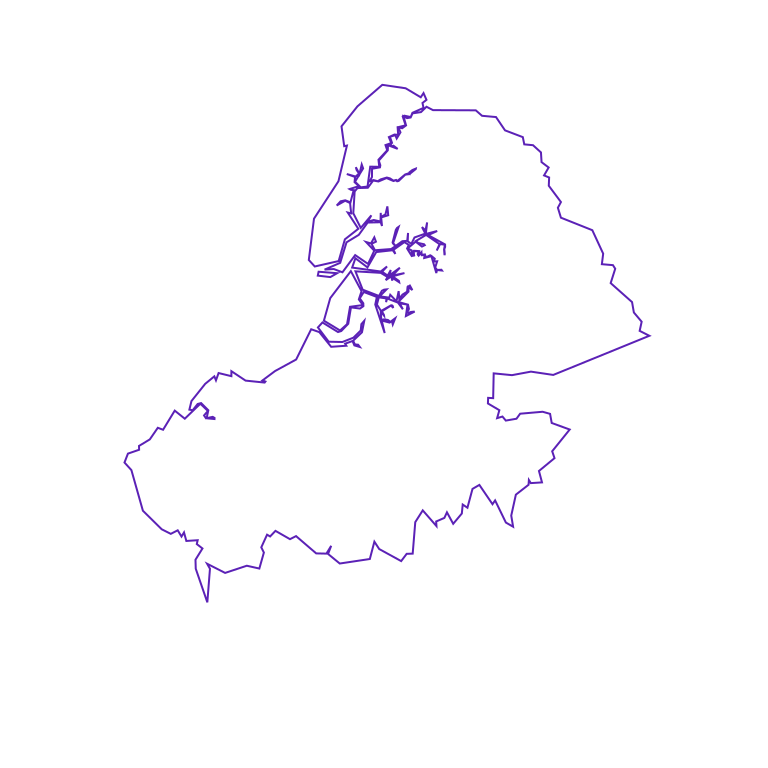 Naranjal, Guayas, Ecuador, rotated 37°
{"feature_id": "8360857B52535355247444", "entity_name": "Naranjal", "entity_type": "district", "adm_level": 2, "iso_a3": "ECU", "parent_name": "Ecuador", "parent_adm1": "Guayas", "projection": "robinson", "projection_center": [-79.674, -2.573], "detail": "fine", "context": "isolated", "style": "outline", "palette": "violet", "viewbox_px": 768, "rotation_deg": 37, "n_neighbors": 0, "source": "geoboundaries", "source_scale": "gbopen_adm2", "svg_char_len": 6168}
<svg xmlns="http://www.w3.org/2000/svg" viewBox="0 0 768 768"><g transform="rotate(37 384 384)"><path d="M374.3,664.7L356.2,636.3L350.9,634.0L370.8,630.5L383.8,611.7L395.5,606.4L389.5,590.9L384.3,588.3L381.3,574.7L384.8,574.3L385.7,566.6L402.3,564.5L405.3,558.4L431.8,560.1L440.1,554.1L439.2,545.0L441.6,553.4L456.7,554.0L478.0,532.3L471.2,515.7L479.5,518.7L504.3,515.1L504.3,506.0L509.0,502.2L492.1,475.5L491.0,461.6L511.4,465.9L508.4,462.4L512.8,454.6L511.5,448.6L523.4,454.0L524.1,440.6L519.4,432.9L525.1,432.6L517.8,414.5L520.9,407.2L543.0,414.7L542.8,410.1L564.7,421.3L573.0,420.3L564.8,412.5L555.9,393.0L560.1,377.5L557.5,373.5L560.9,374.8L569.4,367.5L560.1,360.2L564.8,340.6L558.8,336.5L559.7,308.6L541.4,314.2L534.6,307.9L527.4,310.7L510.6,325.8L510.7,332.0L503.3,339.9L498.2,338.7L494.9,343.2L491.9,335.5L478.7,337.0L475.5,332.4L479.7,329.6L465.2,309.5L480.9,299.9L493.9,285.7L513.7,274.9L566.9,185.8L556.2,187.7L552.3,179.2L540.5,176.5L532.8,169.3L504.3,167.0L499.3,152.8L495.3,151.3L485.9,157.2L480.6,148.0L457.8,135.8L425.2,144.7L416.8,138.6L415.8,132.2L396.3,126.5L391.6,119.7L386.3,121.1L385.2,112.0L376.3,112.0L370.0,104.6L359.3,103.6L351.8,108.2L346.3,103.3L328.0,108.6L312.8,103.4L300.9,110.8L292.6,110.2L258.3,135.8L251.1,137.0L249.9,144.6L243.9,150.7L244.9,155.1L242.4,157.8L238.5,158.5L246.0,164.2L244.6,168.8L241.1,170.4L245.7,173.1L246.4,180.3L243.3,178.5L239.9,183.0L245.3,186.6L245.1,188.7L241.9,192.1L243.5,190.5L246.1,189.2L247.8,189.0L248.2,188.0L253.4,188.0L243.5,190.9L246.4,195.1L245.4,208.7L249.4,211.5L250.4,213.4L244.9,219.3L249.8,225.9L250.6,230.8L252.8,227.5L257.0,225.8L258.2,222.6L262.0,217.4L265.0,216.2L269.2,215.9L270.9,213.7L272.5,213.8L274.8,203.9L276.4,201.6L277.8,201.0L277.0,200.4L276.9,199.7L277.9,196.0L279.8,192.8L280.0,193.2L278.0,201.1L275.0,204.0L273.5,213.0L272.5,214.2L270.8,214.2L269.4,216.2L262.1,218.0L257.7,225.6L252.9,228.0L253.0,237.0L244.9,243.5L244.7,247.9L256.7,266.1L271.5,273.3L272.4,256.9L273.3,264.2L277.1,259.2L283.4,256.3L278.4,249.3L281.0,252.4L283.1,247.7L279.8,240.1L285.8,246.7L281.5,252.7L287.3,259.0L284.0,256.8L273.8,264.9L274.1,280.1L268.8,293.4L276.1,313.6L267.7,328.4L274.7,322.4L283.6,319.8L283.4,298.4L299.0,297.7L296.0,283.4L284.2,281.4L289.0,279.6L288.0,272.7L291.9,275.2L289.6,279.6L296.3,282.6L308.5,271.9L310.2,267.0L306.5,266.3L305.7,265.8L300.7,253.8L300.5,251.6L301.1,249.7L306.5,266.0L310.2,266.7L312.7,258.9L316.4,255.7L312.3,248.9L317.1,255.8L321.5,255.6L320.2,248.6L326.5,239.0L319.9,235.8L324.7,236.4L321.2,229.0L327.1,239.0L334.4,229.8L329.7,238.5L348.8,235.8L350.3,237.7L351.0,240.0L354.3,243.6L354.8,244.7L351.0,240.4L348.8,236.1L344.6,238.5L345.8,245.7L344.2,238.9L327.9,239.6L323.4,250.6L326.4,250.8L331.9,248.3L333.0,248.6L331.6,251.4L323.6,251.3L321.3,261.5L325.5,260.7L329.3,264.8L330.3,263.2L328.6,262.8L327.6,260.6L327.7,259.6L332.1,256.7L333.8,260.3L334.4,259.9L333.9,258.3L334.2,257.0L334.7,256.3L336.4,258.1L338.7,255.9L341.3,257.6L343.4,253.4L344.5,253.2L349.1,253.4L350.2,256.1L352.6,254.0L354.8,260.2L357.8,260.9L361.1,258.2L362.0,258.5L357.7,261.1L359.0,263.9L344.9,253.4L340.3,259.2L338.6,256.2L336.8,258.4L335.5,258.0L334.6,256.6L334.4,260.6L332.7,260.0L332.0,257.2L327.8,260.0L330.7,263.3L329.1,265.1L320.9,261.9L320.1,258.0L314.9,258.4L310.7,271.5L312.4,271.9L314.8,273.3L310.5,271.9L298.4,283.3L300.6,300.8L285.5,300.8L288.5,310.2L313.7,296.1L315.7,288.3L314.9,295.5L321.7,295.2L320.8,288.9L322.9,294.2L326.7,281.6L325.5,292.3L333.6,283.1L326.0,292.9L333.9,292.7L334.9,293.6L327.2,294.1L328.3,296.5L325.1,293.6L322.9,300.0L322.5,296.4L314.5,297.2L293.4,311.2L310.2,321.5L327.0,316.7L326.2,310.8L327.3,308.6L329.1,306.9L327.8,316.5L336.2,311.9L335.3,309.0L344.2,310.4L339.8,301.0L344.7,306.5L345.0,301.4L346.9,296.4L344.4,292.3L345.4,289.8L350.1,291.9L345.1,291.9L348.0,295.5L346.0,309.9L355.4,306.2L358.7,309.0L359.1,310.4L358.4,311.3L360.6,312.7L362.1,310.3L364.9,307.7L360.6,316.6L355.0,306.4L348.1,310.1L354.1,313.0L346.2,310.6L335.0,313.8L336.4,317.4L334.5,314.2L327.7,317.9L330.5,324.8L337.7,327.5L342.3,316.9L343.0,316.4L344.1,316.5L345.6,317.7L342.4,317.1L338.5,327.4L340.4,328.0L342.4,328.9L342.9,329.4L337.9,328.2L343.2,334.4L345.2,332.3L348.6,330.5L351.7,330.5L353.4,324.7L355.2,331.2L352.4,329.0L351.5,331.6L344.0,334.7L353.9,342.9L329.2,325.8L325.9,318.8L312.5,322.7L313.1,330.2L318.9,332.0L320.7,334.3L319.4,338.2L311.5,342.7L319.2,357.4L318.0,367.4L316.0,370.2L297.8,371.9L297.2,378.6L314.4,383.5L325.5,375.5L331.7,365.4L333.2,355.3L329.9,349.8L330.2,345.4L335.3,356.0L333.3,368.0L336.9,369.9L339.7,368.2L342.4,369.0L337.1,371.0L333.0,368.6L328.7,375.2L330.9,376.1L319.4,386.1L301.1,381.5L292.9,384.1L299.1,417.3L289.2,439.2L284.8,454.3L287.8,453.4L287.8,454.7L271.4,464.6L254.4,465.6L257.4,469.6L245.3,474.8L247.6,482.2L243.9,480.0L241.1,491.5L240.5,513.5L244.0,521.6L247.0,520.1L247.2,512.1L249.4,509.3L259.5,510.7L262.9,518.0L267.0,513.3L269.1,513.1L269.7,514.0L262.4,518.5L259.2,517.4L259.6,511.5L249.2,510.3L245.8,531.6L232.9,531.2L235.1,553.5L229.7,555.1L230.3,569.2L225.6,580.9L228.0,583.9L221.4,593.7L224.0,602.9L234.1,604.8L267.7,630.3L293.9,633.8L303.9,632.0L307.3,625.0L314.1,627.7L313.6,622.9L320.6,628.3L329.2,620.9L330.8,624.5L338.0,624.6L339.2,637.8L344.8,644.8L374.3,664.7ZM202.6,146.1L195.7,178.2L195.0,203.8L209.1,218.0L210.9,215.9L225.6,249.5L228.6,294.1L249.3,330.2L258.0,331.8L273.8,313.1L265.7,292.0L270.1,275.5L251.9,268.9L255.1,267.5L248.0,259.9L242.7,261.0L238.8,269.9L239.4,264.2L242.5,260.6L247.9,259.1L243.1,247.4L240.8,248.8L239.2,249.0L244.9,241.1L239.0,240.5L236.3,236.1L227.9,238.7L236.5,235.4L237.4,230.9L233.4,229.6L231.0,227.8L238.0,231.0L234.1,222.1L237.6,224.4L239.1,239.9L247.1,240.9L252.0,236.2L242.2,218.7L249.5,213.4L244.6,208.2L245.9,195.4L241.4,192.3L244.8,187.2L239.3,183.9L242.2,178.5L245.4,176.5L240.4,170.8L245.6,164.4L238.0,159.1L238.7,157.5L244.7,154.7L243.5,150.3L249.4,139.7L245.6,136.4L246.9,131.5L240.5,127.9L240.8,132.9L223.3,134.8L202.6,146.1ZM316.7,367.7L318.5,358.5L310.4,342.8L319.6,333.7L313.0,331.6L310.2,323.4L289.6,313.8L289.4,347.8L297.9,369.6L316.7,367.7ZM265.9,337.3L276.8,330.9L279.9,323.7L264.2,333.7L265.9,337.3Z" fill="none" stroke="#5b21b6" stroke-width="2"/></g></svg>